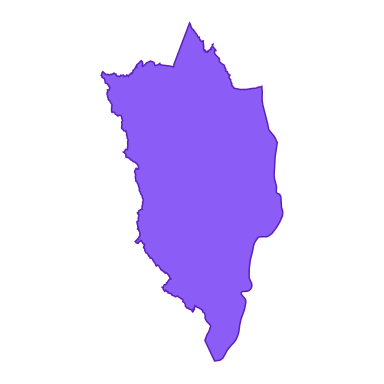 outline of Unguía, Chocó, Colombia
{"feature_id": "7082276B20687876454915", "entity_name": "Unguía", "entity_type": "district", "adm_level": 2, "iso_a3": "COL", "parent_name": "Colombia", "parent_adm1": "Chocó", "projection": "equal_earth", "projection_center": [-77.198, 8.098], "detail": "fine", "context": "isolated", "style": "filled", "palette": "violet", "viewbox_px": 384, "rotation_deg": 0, "n_neighbors": 0, "source": "geoboundaries", "source_scale": "gbopen_adm2", "svg_char_len": 5944}
<svg xmlns="http://www.w3.org/2000/svg" viewBox="0 0 384 384"><path d="M214.6,361.0L220.0,360.2L222.8,358.2L227.5,349.8L231.2,345.3L234.6,341.7L236.3,339.0L237.7,335.7L238.8,332.0L239.8,324.6L240.9,319.5L244.4,309.8L245.8,302.8L245.8,300.9L245.3,299.1L241.4,294.4L241.2,293.7L241.2,292.7L241.9,291.9L242.9,291.5L247.6,291.2L249.3,290.4L251.0,288.6L251.9,286.2L251.7,283.6L249.4,278.5L249.1,277.1L249.3,268.0L250.3,259.9L252.4,251.8L253.6,245.4L254.7,242.5L257.5,238.2L258.9,237.1L260.2,236.8L267.0,236.7L269.0,235.7L272.0,233.4L276.4,227.6L279.7,222.1L282.4,216.0L282.8,212.5L282.5,210.5L281.5,207.4L280.9,197.6L280.6,196.2L279.6,194.3L277.0,193.1L276.5,192.6L276.3,191.5L276.5,186.5L274.6,179.3L274.1,175.6L275.1,157.0L277.3,142.3L276.6,141.6L275.4,138.4L274.1,136.2L269.2,130.3L268.7,129.2L267.5,123.2L262.8,105.0L262.1,99.5L262.2,91.6L261.8,86.4L261.3,86.8L258.0,87.2L256.1,88.2L252.6,88.4L246.6,89.4L240.5,89.5L233.9,88.2L233.6,87.2L232.8,86.7L232.5,85.9L231.8,85.6L231.6,84.3L231.9,83.7L230.6,81.1L230.7,79.6L229.6,78.6L228.9,77.3L229.1,76.3L229.8,75.8L229.9,75.1L227.6,73.4L227.7,72.4L227.2,71.5L225.7,71.2L225.8,69.2L225.2,68.0L224.6,67.6L224.6,66.2L224.2,65.2L221.6,63.6L219.4,61.6L219.5,60.4L219.3,58.5L216.3,55.7L214.7,53.6L214.4,52.5L214.7,50.6L215.1,50.2L215.8,50.6L215.9,50.3L212.8,46.5L212.6,45.9L212.9,44.3L212.3,44.7L212.4,45.8L212.1,46.7L211.0,47.8L211.3,49.0L210.7,48.7L210.2,49.7L209.2,49.9L208.9,50.7L208.2,51.5L207.7,51.1L207.4,51.3L207.4,52.0L206.1,51.3L205.6,52.0L205.3,52.0L205.0,51.4L204.9,50.0L204.6,49.7L204.4,49.9L204.3,50.9L203.6,49.1L203.5,48.0L203.8,47.1L203.8,46.2L203.4,45.6L203.6,45.0L203.1,42.0L203.3,40.9L202.8,40.8L202.1,41.6L200.7,41.0L200.5,40.0L199.8,39.9L199.2,37.1L198.6,37.3L197.8,36.7L197.2,35.2L195.7,33.0L195.2,32.7L194.6,31.2L193.7,30.7L193.5,29.7L192.3,29.0L191.7,28.3L191.5,27.3L190.8,26.8L190.8,25.5L190.0,23.6L189.6,23.0L174.0,64.2L173.7,66.9L170.9,66.2L161.4,65.0L160.1,64.4L159.8,63.4L158.0,64.8L155.2,65.6L154.7,64.9L154.2,63.0L153.7,62.3L150.4,61.0L147.5,62.6L146.6,62.7L145.1,64.7L142.5,66.3L142.2,65.9L142.7,64.5L142.6,62.8L142.2,61.5L141.2,60.7L140.1,61.5L139.4,62.7L136.8,64.7L136.6,65.8L136.8,67.1L135.8,66.6L135.5,67.6L133.9,70.0L133.1,70.2L132.9,71.0L133.0,71.9L132.2,72.6L131.8,73.7L131.4,73.7L131.2,73.2L130.8,73.4L128.7,75.4L128.4,76.3L126.8,74.9L126.2,75.9L124.2,76.6L123.4,75.0L121.6,75.6L120.6,75.2L119.9,76.5L119.1,76.7L118.1,76.0L116.8,76.2L116.1,75.0L116.0,74.1L115.2,74.1L114.0,73.1L112.9,73.9L112.4,73.9L111.9,74.5L110.9,74.3L110.4,74.8L109.0,74.9L108.0,74.3L106.8,74.6L105.5,74.2L102.9,71.7L102.3,72.3L101.9,73.0L101.9,74.4L101.2,75.3L101.7,75.7L102.1,77.4L103.9,78.3L104.4,79.0L104.8,80.0L105.3,83.0L107.2,83.6L107.7,84.7L108.3,84.7L108.5,85.3L108.9,85.5L108.8,86.3L109.5,87.1L109.6,87.9L109.8,87.9L109.2,90.0L107.4,89.9L107.7,92.0L107.0,92.8L107.2,93.3L107.0,94.4L107.6,95.5L107.5,96.7L108.3,98.8L108.3,99.4L108.9,100.3L109.7,100.5L110.5,102.5L111.8,104.3L112.0,105.5L111.6,106.3L111.9,107.6L111.5,108.3L111.7,112.0L112.2,112.4L112.8,111.8L114.8,112.8L115.3,114.1L116.3,114.6L117.8,116.0L118.5,115.9L119.2,115.2L121.1,115.6L121.7,116.8L121.7,118.2L122.6,120.8L121.7,122.0L122.1,124.7L121.8,125.3L121.6,127.7L121.9,128.7L122.8,129.3L123.8,130.8L125.8,131.0L125.8,131.8L126.4,132.1L126.7,133.9L126.5,134.8L126.9,136.0L127.3,136.3L127.2,138.2L128.0,139.4L128.1,140.6L127.5,142.0L127.8,142.3L127.7,144.0L127.9,145.6L127.6,146.2L127.7,147.5L127.4,148.2L127.6,149.0L127.2,149.6L125.7,149.4L124.9,150.6L124.7,151.6L123.4,152.1L126.0,154.2L125.7,155.1L126.1,155.9L125.9,156.7L126.1,157.3L128.6,157.7L129.6,158.9L130.5,159.2L130.9,160.0L131.9,160.3L133.1,161.6L135.3,162.3L136.3,163.5L137.1,163.9L137.8,165.6L138.6,166.4L138.5,167.6L138.7,168.8L137.5,169.3L136.6,168.3L136.1,168.3L135.6,169.7L134.8,170.7L134.6,172.0L135.5,174.0L135.6,175.5L135.3,176.8L135.9,181.2L136.9,181.6L137.4,183.4L138.3,184.5L138.3,185.7L139.0,187.5L139.5,188.0L139.6,188.7L139.2,189.2L139.4,190.8L140.3,192.2L140.8,194.1L141.9,195.2L142.4,197.7L143.2,199.2L143.1,201.0L142.6,202.3L142.7,204.5L142.0,206.1L142.2,209.3L141.5,209.2L138.8,210.7L138.5,212.1L137.4,212.7L137.7,213.9L138.5,214.1L139.0,214.9L138.2,218.2L138.5,220.3L137.9,221.4L137.4,221.3L136.9,221.8L137.3,224.4L137.8,225.5L137.7,226.5L138.3,227.0L138.3,228.0L137.8,228.1L137.5,229.0L138.7,229.5L138.9,230.8L139.9,232.3L139.7,234.2L139.9,235.7L139.5,236.7L138.6,237.3L138.3,238.9L137.6,238.9L137.0,240.0L136.4,240.1L135.7,241.2L135.2,241.4L136.3,242.9L138.0,243.4L138.7,242.3L140.1,241.4L140.5,240.5L141.3,240.6L142.7,243.2L143.2,243.4L143.5,244.0L144.5,244.3L144.5,245.0L144.1,245.6L144.3,246.1L143.9,246.5L143.5,247.5L144.8,249.1L144.7,250.4L145.4,251.4L145.7,252.7L147.1,253.2L147.8,254.0L148.0,254.9L148.6,255.3L148.7,255.9L149.1,255.8L150.3,258.2L151.4,258.1L152.6,259.1L152.5,259.5L153.6,261.3L155.1,263.3L156.1,265.9L156.6,266.0L157.1,265.2L158.4,265.4L160.5,268.8L160.7,269.5L161.5,270.1L162.1,270.1L162.1,270.6L162.6,270.9L163.5,271.1L163.5,271.8L165.0,272.4L165.1,273.2L166.8,272.9L168.5,275.3L169.2,275.6L169.1,276.4L169.6,276.9L169.9,278.1L170.8,278.7L170.8,279.2L169.5,279.2L167.8,281.4L167.3,282.7L166.5,282.8L166.5,283.8L165.9,284.5L164.3,284.7L163.3,287.0L162.2,287.3L163.1,288.0L163.3,289.5L164.8,291.4L166.0,290.3L167.2,291.8L167.9,291.8L168.0,292.9L171.6,293.9L172.1,295.3L174.0,295.8L175.4,296.8L177.7,296.0L179.2,297.5L180.5,297.9L181.1,298.9L182.2,298.8L183.1,300.3L182.8,301.1L182.9,301.8L184.2,302.4L185.2,303.9L185.4,306.3L186.6,307.3L187.2,308.3L188.1,308.0L189.2,309.1L190.5,309.3L191.7,310.4L192.6,311.9L193.2,311.5L193.3,309.6L193.9,310.0L194.3,309.6L194.5,308.7L194.1,308.1L194.8,307.0L194.9,305.8L197.5,307.5L198.9,307.8L200.1,308.8L201.5,309.3L202.2,310.4L202.8,310.5L202.7,311.5L203.1,312.3L204.5,313.1L205.3,315.6L205.0,317.7L205.4,319.0L206.7,321.4L210.3,325.1L210.7,326.4L210.0,327.8L209.7,329.3L208.8,331.7L207.1,334.5L204.9,340.4L214.6,361.0Z" fill="#8b5cf6" stroke="#5b21b6" stroke-width="1.5"/></svg>